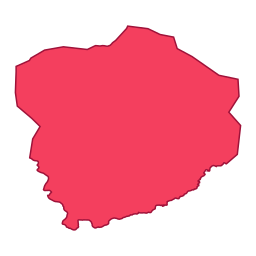 Tosoncengel, Hövsgöl, Mongolia
{"feature_id": "93677404B95621463819566", "entity_name": "Tosoncengel", "entity_type": "district", "adm_level": 2, "iso_a3": "MNG", "parent_name": "Mongolia", "parent_adm1": "Hövsgöl", "projection": "robinson", "projection_center": [100.859, 49.504], "detail": "fine", "context": "isolated", "style": "filled", "palette": "rose", "viewbox_px": 256, "rotation_deg": 0, "n_neighbors": 0, "source": "geoboundaries", "source_scale": "gbopen_adm2", "svg_char_len": 5711}
<svg xmlns="http://www.w3.org/2000/svg" viewBox="0 0 256 256"><path d="M173.6,37.1L160.1,34.5L148.0,28.7L127.7,26.1L126.6,28.5L115.7,40.4L113.4,42.1L112.4,42.9L111.8,43.7L110.2,45.3L107.7,46.2L106.7,46.2L104.1,45.7L102.4,45.6L100.8,45.9L99.7,46.0L97.8,45.8L95.6,45.6L94.6,46.0L87.3,49.5L63.4,46.8L44.6,50.1L30.9,58.1L29.4,60.5L16.1,66.4L16.1,71.9L15.4,92.6L17.3,106.1L31.7,118.3L40.1,126.5L32.7,138.9L29.7,157.8L29.9,158.0L30.0,158.1L30.7,158.3L31.2,158.5L31.5,158.7L31.8,158.9L32.2,159.3L32.8,159.8L33.7,160.3L34.6,160.6L37.0,160.9L37.3,161.0L37.7,161.2L38.2,161.7L38.3,162.1L38.4,162.9L38.3,163.3L38.2,163.9L37.6,164.4L37.3,164.8L37.2,165.0L37.3,165.4L37.7,165.7L38.4,166.3L38.7,166.8L38.9,167.5L38.7,168.0L38.4,168.5L38.1,168.8L37.3,169.5L37.2,169.9L37.2,170.1L37.2,170.3L37.8,170.9L38.4,171.3L40.2,172.2L40.6,172.4L43.4,173.2L43.8,173.4L44.4,173.9L46.8,175.6L47.6,176.0L47.8,176.2L48.3,176.8L48.4,177.1L48.4,177.4L48.5,178.1L48.5,178.9L48.3,179.6L47.9,180.5L47.9,180.8L47.4,181.6L46.7,182.7L46.2,183.2L46.0,183.4L45.6,184.1L44.8,185.5L44.4,186.5L44.0,188.0L43.7,189.0L43.5,189.6L43.6,189.8L44.0,190.2L44.3,190.4L44.7,190.5L45.3,190.5L48.7,190.4L49.4,190.4L49.6,190.4L50.1,190.7L50.8,191.3L51.4,191.9L51.5,192.1L51.1,192.7L50.7,192.9L50.5,193.0L50.4,193.3L50.1,193.6L49.6,194.3L49.5,194.8L49.4,195.0L48.9,195.3L48.3,195.3L47.7,195.4L47.7,195.7L47.8,196.0L48.0,196.6L48.1,196.9L48.4,197.3L48.7,197.9L49.4,198.6L50.3,199.2L51.4,199.7L54.2,201.2L55.5,201.6L56.1,201.6L59.1,202.0L60.1,202.3L61.3,203.4L62.3,204.2L62.8,204.9L62.9,205.9L63.3,206.4L63.6,206.7L63.8,207.1L63.7,208.1L63.8,208.5L64.0,209.4L64.6,210.3L67.1,212.1L67.5,212.9L67.6,213.6L67.1,215.0L66.8,216.8L66.4,217.6L65.7,218.5L65.3,218.9L64.9,219.3L63.8,220.1L63.0,220.9L62.8,221.2L62.3,223.1L62.3,223.7L62.8,224.2L64.4,224.5L64.9,224.8L65.4,225.1L65.7,225.4L66.1,225.9L66.3,226.5L66.4,226.8L66.7,227.0L67.1,227.3L67.8,227.4L68.3,227.6L68.7,228.0L69.0,228.2L69.3,228.3L69.9,228.3L70.5,228.4L71.2,228.9L72.6,229.6L73.7,229.9L74.4,229.9L75.1,229.8L75.5,229.7L75.9,229.4L77.5,227.7L77.9,227.7L78.0,227.6L78.5,226.9L78.5,226.5L78.2,225.3L78.4,224.4L78.3,223.7L78.2,223.2L78.0,220.5L78.1,220.2L78.3,220.0L78.6,219.9L79.2,219.8L80.2,220.0L80.7,219.9L82.6,220.1L83.3,219.9L84.0,219.9L88.5,220.0L89.0,220.1L89.8,220.6L90.3,221.0L90.8,221.4L91.1,221.8L91.4,222.3L91.7,223.2L92.1,223.9L92.2,225.3L92.3,225.7L92.6,226.3L93.2,226.9L94.4,227.7L94.9,227.9L95.4,227.9L95.9,227.9L96.3,227.7L97.0,227.4L98.3,227.0L98.7,227.0L98.8,227.1L98.9,227.3L99.0,227.3L99.5,227.3L100.1,227.2L100.8,227.2L101.3,227.1L101.6,227.0L102.8,226.4L103.5,225.9L104.0,225.6L104.4,225.4L105.8,225.0L106.3,225.0L106.8,224.8L107.7,224.3L108.2,224.0L108.5,223.6L108.7,223.1L108.7,222.7L108.6,222.1L108.6,221.7L108.7,221.3L109.0,220.9L110.5,219.5L111.4,218.9L111.7,218.7L113.6,218.1L114.4,218.0L117.0,218.5L117.7,218.9L118.7,219.1L119.5,219.2L122.0,218.5L122.4,218.2L122.8,217.8L123.2,217.6L123.5,217.5L125.1,217.1L126.1,216.6L126.7,216.3L127.5,216.3L128.1,216.2L128.5,216.0L129.4,215.9L130.0,215.4L130.3,214.9L130.7,214.8L131.2,214.9L131.9,214.9L132.4,214.8L132.8,214.4L133.5,214.1L135.2,213.8L135.8,213.8L136.0,213.9L136.9,214.0L137.3,213.9L137.6,213.6L138.1,213.4L138.4,213.1L138.5,212.5L138.6,212.4L138.9,212.5L139.6,212.8L140.5,212.9L142.7,212.9L143.4,212.8L144.3,212.8L145.4,213.0L146.3,213.1L146.9,213.0L147.6,212.7L148.3,212.3L149.0,212.3L149.9,212.6L150.7,212.5L151.1,212.2L151.5,211.7L151.9,211.0L152.4,210.4L153.7,209.5L154.4,209.2L155.0,208.9L155.2,208.7L155.3,207.3L155.5,206.7L155.6,206.2L155.9,205.7L156.5,205.3L157.3,205.2L159.5,205.1L159.9,205.2L160.2,205.4L160.6,205.4L161.8,205.2L162.7,205.3L163.7,205.0L163.8,205.0L163.9,205.3L163.7,205.6L163.4,205.8L162.6,205.9L162.4,206.0L162.6,206.2L163.8,205.9L164.3,205.4L165.0,205.1L166.8,205.1L166.9,204.9L167.1,204.7L167.1,204.3L167.0,204.0L167.0,203.6L167.1,203.1L167.2,202.1L167.1,201.9L167.3,201.7L167.7,201.4L169.5,200.7L170.2,200.5L171.3,200.4L171.8,200.2L172.3,199.8L172.9,199.5L173.4,199.2L173.9,199.1L174.3,198.6L174.9,198.3L175.2,198.1L176.0,198.1L177.2,198.6L177.7,198.6L178.4,198.7L179.0,198.5L179.4,197.6L179.8,197.3L180.0,196.7L180.4,196.4L181.9,196.3L182.4,196.0L183.7,195.5L183.8,195.1L184.1,194.7L184.3,194.2L186.0,193.6L186.6,193.1L187.0,192.5L187.5,191.8L188.0,191.3L188.4,191.0L188.7,190.9L189.7,190.9L191.0,190.5L192.2,189.9L192.5,189.8L193.4,189.9L193.9,189.7L194.1,189.4L194.1,189.2L194.4,189.0L194.9,189.1L195.4,189.0L195.8,188.9L196.3,188.6L196.9,188.1L197.1,187.7L197.0,187.1L197.1,186.8L197.3,186.5L197.7,186.2L198.0,186.0L198.7,185.7L198.8,185.3L198.8,184.9L198.6,184.5L198.4,184.2L198.0,184.2L198.2,183.9L198.3,183.5L198.4,183.2L199.2,183.0L199.6,182.7L199.6,182.0L199.4,181.6L198.3,181.3L198.1,181.0L198.2,180.8L198.4,180.6L198.8,180.5L199.1,180.0L199.5,179.8L200.0,179.6L200.3,179.3L200.4,178.9L200.2,178.6L200.5,178.4L200.7,178.2L200.7,177.8L200.8,177.5L201.4,177.1L202.1,176.5L203.5,175.9L203.9,175.7L204.5,174.9L205.0,174.6L205.0,174.2L204.9,174.0L204.6,173.7L204.1,173.4L203.9,173.1L203.8,172.9L203.9,172.7L204.9,171.3L205.7,170.0L206.2,169.7L206.6,169.7L207.4,170.0L207.7,170.2L208.7,170.4L208.8,170.4L209.5,170.1L209.5,170.4L209.4,170.5L209.2,170.7L208.5,171.0L209.1,171.1L209.6,170.8L209.7,170.6L209.8,170.2L209.8,169.4L209.8,169.1L210.1,167.9L210.4,167.6L211.1,166.8L212.2,165.9L212.7,165.7L213.3,165.5L213.7,165.6L214.5,165.7L214.9,165.8L215.1,166.0L215.3,166.1L216.1,166.4L216.1,166.2L216.9,166.0L217.5,165.8L220.7,165.8L221.8,165.4L222.1,164.8L223.1,164.1L223.8,162.9L224.1,162.8L224.5,162.8L225.0,163.1L225.4,163.5L226.4,163.8L237.3,154.4L240.6,125.5L228.8,112.2L239.0,96.3L238.0,79.3L218.9,75.3L192.1,56.6L177.2,48.6L173.6,37.1Z" fill="#f43f5e" stroke="#9f1239" stroke-width="1.5"/></svg>